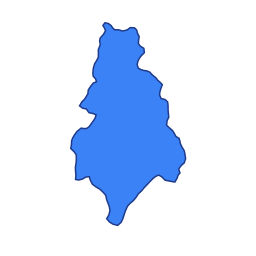 outline of Bugre, Minas Gerais, Brazil, rotated 205°
{"feature_id": "56859067B89432192143987", "entity_name": "Bugre", "entity_type": "district", "adm_level": 2, "iso_a3": "BRA", "parent_name": "Brazil", "parent_adm1": "Minas Gerais", "projection": "natural_earth1", "projection_center": [-42.308, -19.357], "detail": "fine", "context": "isolated", "style": "filled", "palette": "blue", "viewbox_px": 256, "rotation_deg": 205, "n_neighbors": 0, "source": "geoboundaries", "source_scale": "gbopen_adm2", "svg_char_len": 1898}
<svg xmlns="http://www.w3.org/2000/svg" viewBox="0 0 256 256"><g transform="rotate(205 128 128)"><path d="M62.7,98.8L62.3,103.1L62.7,106.4L61.9,109.2L64.7,112.2L63.9,116.6L62.3,119.9L62.8,124.5L65.2,128.2L67.5,131.2L71.1,133.6L73.8,135.8L75.4,138.0L77.3,140.2L81.0,140.6L84.5,143.2L86.9,144.7L89.5,145.3L94.2,146.8L95.7,151.3L95.6,154.9L97.1,157.5L99.1,160.9L101.2,165.3L103.1,168.4L106.4,169.5L110.4,168.7L113.2,171.1L114.3,173.9L114.9,177.7L115.2,181.8L118.3,183.0L121.6,184.0L124.2,185.4L128.1,186.3L131.8,187.8L134.8,187.8L137.7,186.9L140.7,186.4L144.0,186.6L146.5,189.3L147.3,193.0L147.1,196.3L146.4,199.4L145.0,203.2L147.3,206.9L151.5,207.4L154.3,208.9L155.5,212.1L156.5,215.6L159.3,217.8L161.6,220.5L164.4,221.5L168.3,220.0L170.2,216.6L173.6,213.7L178.1,213.0L181.6,211.4L184.3,212.3L186.6,213.7L189.8,214.4L193.3,213.7L194.1,210.4L191.4,208.5L189.5,206.7L189.8,202.5L191.2,197.9L190.6,195.0L188.4,191.9L188.0,186.4L186.3,183.0L184.8,179.6L184.9,176.1L185.4,172.1L184.6,167.2L183.0,162.8L181.4,160.2L178.1,158.8L176.1,156.6L178.5,154.0L179.5,149.6L180.1,145.8L178.8,141.9L179.2,138.3L179.7,135.1L180.8,132.5L181.3,127.6L177.5,126.8L173.7,127.6L169.9,125.4L165.3,126.4L162.4,126.4L162.0,122.6L162.6,118.9L163.2,115.8L163.8,112.8L165.2,110.2L167.6,108.9L170.4,108.1L172.7,103.5L173.6,99.2L173.9,95.7L173.7,92.6L172.3,89.2L171.2,85.2L166.8,83.7L163.7,81.9L161.9,78.5L160.5,75.1L159.0,69.9L157.1,66.4L155.1,62.8L153.8,59.2L150.7,60.0L147.6,62.6L145.5,65.7L142.5,67.5L139.9,64.6L136.5,62.0L131.7,61.0L127.9,60.7L123.3,59.2L119.6,57.5L117.2,54.2L114.9,51.9L111.9,49.1L109.5,45.6L108.6,41.3L109.0,36.8L104.9,34.9L100.9,34.5L96.2,35.4L94.4,39.5L94.3,43.1L94.7,46.5L95.3,51.4L95.4,56.8L94.3,60.5L92.5,64.3L91.4,68.5L90.8,72.7L89.1,76.9L88.3,80.2L87.0,83.9L85.7,88.1L84.0,92.8L82.3,96.1L80.2,98.3L76.6,98.0L72.5,96.4L68.4,97.3L62.7,98.8Z" fill="#3b82f6" stroke="#1e3a8a" stroke-width="1.5"/></g></svg>